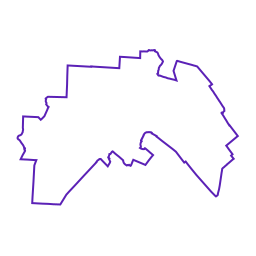 outline of Fundulea, Calarasi, Romania, rotated 92°
{"feature_id": "2599482B1760038642223", "entity_name": "Fundulea", "entity_type": "district", "adm_level": 2, "iso_a3": "ROU", "parent_name": "Romania", "parent_adm1": "Calarasi", "projection": "orthographic", "projection_center": [26.52, 44.463], "detail": "fine", "context": "isolated", "style": "outline", "palette": "violet", "viewbox_px": 256, "rotation_deg": 92, "n_neighbors": 0, "source": "geoboundaries", "source_scale": "gbopen_adm2", "svg_char_len": 5337}
<svg xmlns="http://www.w3.org/2000/svg" viewBox="0 0 256 256"><g transform="rotate(92 128 128)"><path d="M151.9,230.3L152.3,230.2L152.6,230.4L153.4,230.7L154.1,230.1L154.5,230.1L155.9,230.8L158.5,232.2L160.0,232.9L163.0,234.2L163.1,226.8L163.3,220.9L163.3,218.5L168.3,220.2L168.8,220.3L185.2,220.6L200.1,221.0L206.4,221.1L206.6,210.8L206.6,205.3L206.7,202.3L206.8,200.0L206.8,193.0L196.6,187.2L196.2,186.8L193.8,184.8L187.4,179.2L176.7,170.0L163.4,158.4L163.3,158.5L163.2,158.4L162.7,158.1L161.6,157.4L160.8,156.2L160.7,156.1L160.1,155.6L160.0,155.4L160.0,154.9L159.9,154.2L161.8,152.3L166.3,147.6L167.0,146.9L163.5,145.0L163.0,144.8L162.2,144.6L161.4,145.1L160.6,145.4L159.4,146.1L159.0,145.6L158.3,146.2L157.9,146.7L157.2,146.3L156.6,146.0L155.9,145.9L154.8,145.6L154.7,145.6L154.7,145.2L154.7,144.9L154.6,144.7L154.2,144.4L153.8,144.2L152.9,143.5L152.5,143.4L152.1,142.9L151.9,142.6L152.0,142.4L152.1,142.2L154.0,140.0L155.6,137.9L156.9,136.1L160.5,131.7L161.1,131.7L161.6,131.5L162.8,131.1L163.2,130.8L163.6,130.5L164.1,130.0L164.5,129.5L165.5,127.9L165.3,127.5L165.0,127.1L165.0,126.9L165.1,126.5L165.2,126.0L165.0,125.8L164.8,125.6L165.0,125.3L165.4,124.8L165.7,124.1L165.4,123.8L164.9,123.6L164.5,123.4L161.1,122.2L159.6,121.6L164.3,109.3L159.6,106.1L156.2,103.6L154.2,102.0L152.5,104.1L152.0,104.8L150.4,106.7L147.9,109.9L147.6,110.4L147.6,110.5L147.8,110.7L148.5,111.0L148.6,111.6L148.6,111.8L148.6,112.3L148.5,112.9L148.4,113.4L148.3,113.8L148.2,114.1L147.5,115.3L146.8,114.7L146.5,114.5L146.4,114.5L146.1,114.5L145.5,114.6L144.7,114.9L144.2,115.0L143.7,115.0L142.1,114.7L140.8,113.9L140.5,114.5L140.3,114.6L139.9,114.6L139.7,114.5L139.4,114.3L139.0,114.1L138.8,113.9L138.3,113.8L138.3,113.7L138.0,113.5L137.9,113.5L137.7,113.5L137.5,113.4L137.4,113.3L137.2,113.2L136.9,113.0L136.7,113.0L136.5,112.9L136.0,112.7L135.7,112.6L135.5,112.4L135.3,112.4L135.2,112.3L134.7,112.1L134.4,112.1L134.3,111.9L133.7,111.7L133.4,111.6L133.0,111.3L132.6,110.9L132.4,110.7L132.2,110.5L132.0,110.2L131.9,109.8L131.6,109.2L131.5,108.9L131.5,108.6L131.6,108.3L131.6,108.2L131.5,107.8L131.5,107.7L131.4,107.5L131.4,107.4L131.4,106.9L131.5,106.7L131.4,106.4L131.4,106.2L131.4,105.6L131.4,105.4L131.5,105.0L131.5,104.8L131.5,104.7L132.0,104.0L132.6,104.1L132.8,103.5L133.2,102.8L134.1,101.1L134.7,99.8L135.1,99.1L135.5,99.3L135.9,98.8L136.1,98.4L137.5,96.5L137.7,96.2L137.9,96.0L139.8,93.4L147.5,82.6L150.0,79.3L157.6,73.1L160.6,70.6L159.5,69.2L162.2,67.0L167.1,62.8L172.8,57.8L188.7,42.7L192.7,38.5L193.3,37.7L192.3,36.4L191.9,36.1L191.6,35.9L190.8,35.9L189.2,35.6L186.2,34.9L184.8,34.7L182.1,34.3L174.9,33.5L172.2,33.2L169.4,32.9L168.1,32.7L165.4,32.4L164.7,31.8L163.7,30.6L162.5,29.4L161.2,27.9L160.9,27.8L159.9,26.6L155.9,22.3L155.1,21.3L152.0,24.0L150.6,22.6L145.7,26.5L143.7,28.0L142.2,29.2L132.2,18.0L121.6,26.7L121.8,26.9L119.8,28.3L118.4,29.2L116.8,30.2L115.7,31.0L112.5,33.1L109.7,35.1L109.4,35.0L109.3,34.8L109.3,34.6L109.3,34.4L109.5,34.2L109.7,33.9L109.7,33.7L109.1,33.5L108.7,33.4L107.7,32.5L107.6,32.3L107.4,32.3L105.1,32.6L104.5,32.9L102.7,34.3L98.3,37.3L97.6,37.9L96.5,38.6L94.6,40.0L93.2,40.9L90.5,42.9L89.1,43.8L87.9,44.7L87.3,45.3L83.3,48.1L81.6,45.7L81.4,45.5L78.1,48.3L67.3,58.1L64.3,60.8L64.1,61.0L64.0,61.3L63.4,63.5L63.4,63.8L62.6,66.8L61.9,69.9L60.0,78.0L59.2,81.0L59.2,81.3L59.3,81.5L59.5,81.6L69.3,84.5L74.8,82.6L77.7,81.6L78.8,81.2L78.2,83.3L77.7,85.9L77.2,88.1L77.0,89.6L76.8,90.4L76.2,91.9L76.1,92.4L75.7,94.4L75.5,95.0L74.4,98.2L74.5,98.4L74.6,98.6L74.5,99.1L74.5,99.4L74.4,99.5L72.9,100.6L72.6,100.4L72.4,100.2L72.3,99.9L72.1,99.8L71.6,99.9L70.7,99.8L70.2,99.9L69.9,99.9L68.8,99.4L68.3,99.3L67.9,99.3L67.1,99.3L66.5,99.1L66.3,98.9L65.8,98.7L64.9,98.3L64.5,98.0L64.0,97.4L63.2,96.8L62.4,96.3L60.4,95.4L60.2,95.4L59.5,95.8L58.9,96.2L58.6,96.5L58.2,96.9L57.9,97.3L57.0,98.1L55.7,99.1L54.6,99.8L54.3,100.0L54.0,100.1L52.5,100.7L51.9,101.0L51.6,101.2L51.3,101.6L50.8,102.8L50.6,103.3L50.4,103.7L49.9,103.7L49.4,103.7L49.2,104.0L49.2,104.4L49.2,104.5L49.3,104.9L49.3,105.1L49.5,105.4L49.5,105.9L49.6,106.3L49.5,106.7L49.5,106.9L49.6,107.6L49.7,108.2L49.7,108.4L49.7,108.7L49.6,109.1L49.4,109.5L49.4,109.8L49.4,110.0L49.5,110.1L50.0,110.4L50.5,110.9L50.6,111.1L50.8,111.3L50.9,111.6L50.9,111.8L50.9,112.4L50.9,115.4L51.0,115.9L51.0,117.0L51.0,117.7L51.0,118.4L57.7,118.3L57.2,133.9L57.1,138.5L68.5,138.8L68.5,139.6L67.8,166.6L67.7,166.6L67.7,166.9L68.1,166.9L67.6,190.5L78.1,190.5L86.4,190.4L99.4,190.5L99.6,209.1L99.7,209.3L100.1,209.8L101.4,211.3L102.0,211.1L102.3,210.9L102.5,211.0L102.8,211.1L103.0,211.1L103.4,211.1L103.9,211.1L104.4,211.1L105.2,210.7L105.6,210.5L105.9,210.3L106.5,210.4L106.9,210.5L107.2,210.6L107.3,210.5L108.1,209.9L108.7,209.3L110.0,208.3L110.0,208.2L110.3,208.3L110.6,208.5L110.8,208.7L111.1,208.8L111.3,208.9L112.1,209.1L112.6,209.3L117.0,211.1L119.2,212.0L119.6,212.4L122.0,214.6L122.4,215.1L122.8,215.5L120.3,218.0L120.1,233.2L131.7,233.1L132.4,232.9L133.2,232.8L133.6,232.8L134.5,233.0L135.6,233.1L135.8,233.1L136.6,233.5L138.1,234.2L138.4,234.5L139.1,235.7L139.4,236.5L139.5,236.8L139.7,237.1L140.1,237.4L140.6,237.7L141.1,237.9L141.8,238.0L142.4,237.9L142.7,237.6L143.1,237.3L143.4,236.7L143.7,236.3L144.1,235.8L144.9,235.2L146.5,234.1L148.6,232.4L149.2,232.0L149.6,231.8L150.2,231.5L150.7,231.3L151.5,231.1L152.0,231.0L151.9,230.3Z" fill="none" stroke="#5b21b6" stroke-width="2"/></g></svg>